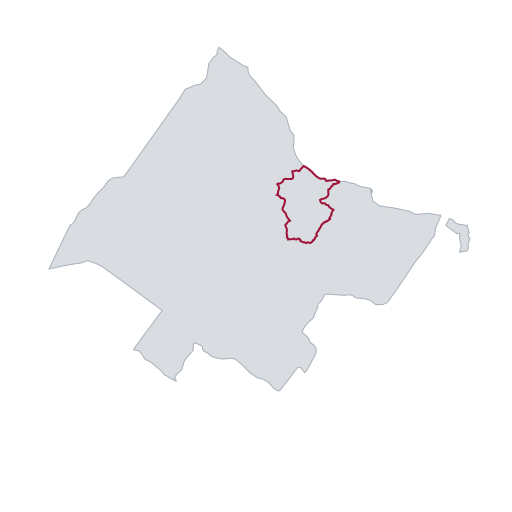 where Cuanza Sul sits in Angola, rotated 125°
{"feature_id": "AGO-1879", "entity_name": "Cuanza Sul", "entity_type": "Province", "adm_level": 1, "iso_a3": "AGO", "parent_name": "Angola", "parent_adm1": "", "projection": "albers", "projection_center": [15.061, -10.94], "detail": "fine", "context": "in_parent", "style": "outline", "palette": "rose", "viewbox_px": 512, "rotation_deg": 125, "n_neighbors": 0, "source": "natural_earth", "source_scale": "10m", "svg_char_len": 8247}
<svg xmlns="http://www.w3.org/2000/svg" viewBox="0 0 512 512"><g transform="rotate(125 256 256)"><path d="M404.4,249.7L404.9,253.0L405.3,257.6L405.5,260.9L405.9,262.3L406.0,263.1L405.5,263.9L405.1,265.9L404.4,267.6L404.0,268.8L404.2,271.1L403.5,277.6L403.3,280.8L404.1,286.7L403.9,288.5L401.7,293.8L401.1,296.4L400.9,297.8L402.9,301.8L402.8,302.6L401.2,302.8L399.8,302.8L354.4,301.6L352.9,369.6L352.8,375.3L354.0,383.0L356.5,391.4L357.5,392.2L360.2,393.8L363.8,397.0L365.8,399.4L370.0,403.6L375.4,409.0L385.4,418.1L351.2,423.8L338.1,425.8L337.0,425.8L335.1,424.8L330.9,424.6L325.9,425.7L322.0,426.0L319.2,425.4L316.4,424.2L313.7,422.6L308.9,421.9L302.1,422.2L295.6,421.8L289.3,420.6L284.8,420.1L282.1,420.3L279.2,420.0L276.1,419.0L273.6,417.4L270.5,414.0L268.1,410.9L267.5,410.4L266.7,409.9L265.9,409.8L252.5,409.5L170.4,409.0L160.8,409.6L160.1,409.5L158.9,409.1L158.1,408.4L155.4,406.6L153.1,405.3L149.9,403.0L147.8,400.5L146.1,399.7L143.0,399.3L140.7,398.8L138.8,398.7L135.5,400.0L133.0,401.1L131.2,402.3L128.1,403.6L125.5,404.9L121.0,404.8L120.0,405.0L117.5,404.9L115.1,403.8L112.7,404.0L110.0,405.4L106.2,406.0L107.0,396.6L107.9,392.5L107.9,387.5L107.2,374.6L106.5,372.8L106.0,370.8L108.4,369.2L109.6,367.9L111.2,365.8L112.3,362.8L113.6,356.2L118.5,340.9L120.8,325.9L123.7,318.8L124.8,310.9L133.2,300.6L135.2,294.3L139.6,291.1L145.8,287.8L150.2,281.9L152.3,277.9L154.7,270.1L154.6,262.0L156.1,251.1L155.8,248.0L153.4,243.7L153.0,240.6L150.8,237.6L148.5,235.3L147.4,231.2L143.3,224.8L142.2,220.5L140.3,217.4L139.9,213.6L138.9,209.6L136.9,205.6L135.0,201.1L135.0,199.7L136.1,197.9L137.3,197.4L136.9,198.2L136.1,199.3L136.3,200.1L143.8,192.0L144.3,190.5L144.0,188.7L144.0,186.6L144.3,184.1L137.0,169.4L131.3,155.8L130.3,148.9L122.7,139.9L119.6,134.0L117.9,129.9L116.6,128.3L117.1,127.5L119.0,127.3L123.4,126.3L129.3,125.2L134.7,122.8L136.2,121.7L139.1,121.4L142.0,122.1L143.1,121.6L143.7,121.6L150.7,121.5L153.5,121.3L158.9,121.4L162.3,121.6L164.2,121.8L169.4,122.2L175.8,122.1L178.1,121.9L186.6,121.8L202.5,121.5L210.8,121.6L217.2,121.6L220.1,122.5L222.7,124.1L223.9,125.6L224.5,126.3L225.3,127.8L226.7,129.1L227.2,131.0L226.8,133.6L226.9,136.7L227.8,140.4L229.5,144.3L232.1,148.3L233.2,151.5L232.9,153.9L233.7,156.4L235.6,159.0L237.0,160.4L237.9,161.5L240.1,165.5L247.2,176.9L248.3,177.5L249.9,177.3L253.2,176.8L256.5,176.8L258.9,177.8L259.9,177.6L263.5,175.7L267.0,175.2L270.7,174.4L272.7,173.7L274.9,173.7L281.0,175.3L282.1,175.4L287.0,175.5L292.0,174.7L292.8,168.2L292.8,166.9L294.0,164.5L295.6,162.4L295.8,160.4L295.7,157.6L296.9,154.2L300.2,151.6L305.6,150.4L308.6,150.2L313.4,149.5L320.7,148.9L323.4,149.1L323.6,149.4L322.0,154.1L321.9,155.6L322.4,157.1L323.7,158.0L338.1,158.5L352.0,159.3L352.8,159.5L353.4,159.9L354.2,162.2L353.9,166.7L352.4,173.2L352.8,179.4L355.0,185.2L355.1,194.0L352.9,205.8L352.4,213.3L353.4,216.5L355.6,219.8L358.9,223.3L361.5,227.8L363.3,233.3L363.9,236.8L363.3,238.2L363.3,240.6L363.8,244.1L363.1,246.4L361.2,247.5L360.5,249.1L361.4,252.1L361.6,254.8L362.8,256.7L363.7,256.8L365.6,255.9L368.0,254.1L369.8,253.4L372.4,253.6L376.0,254.2L382.4,254.5L384.4,254.2L390.5,251.9L392.0,251.8L394.4,252.1L397.7,252.9L401.1,253.2L402.7,252.5L402.9,251.5L403.5,250.2L404.4,249.7ZM136.1,91.1L135.7,91.5L132.9,92.6L130.0,93.7L126.2,97.9L124.2,99.7L123.6,100.2L121.9,101.2L120.6,102.1L120.6,102.5L121.5,103.1L122.4,104.0L122.4,110.8L122.0,117.6L121.6,118.2L119.1,118.4L115.8,118.9L114.8,119.2L114.4,118.5L113.3,116.1L113.9,113.7L114.6,112.0L113.8,108.4L112.1,105.3L110.3,101.2L109.7,100.5L111.2,99.2L113.4,96.3L114.3,94.8L116.9,94.5L117.9,93.4L118.6,91.8L118.8,90.8L121.7,90.0L125.3,88.6L127.2,87.0L129.2,86.1L130.4,86.0L131.2,86.4L133.5,89.0L135.4,90.7L136.1,91.1Z" fill="#d9dde1" stroke="#a8b0b8" stroke-width="1"/><path d="M154.9,268.5L154.5,264.5L154.6,261.8L154.7,261.2L154.9,260.8L154.7,260.6L154.7,260.3L154.8,260.0L154.9,259.7L154.9,258.3L154.9,258.1L155.0,257.8L155.5,257.2L155.5,256.9L155.5,256.2L156.1,252.6L156.1,251.2L156.1,249.3L156.0,248.4L155.7,247.6L153.4,244.4L153.2,243.9L153.2,243.5L153.4,243.0L154.2,242.1L154.2,241.7L154.1,241.3L153.8,240.9L152.7,240.1L152.6,239.8L152.5,239.6L150.1,236.8L148.6,235.5L148.2,235.0L148.1,234.5L148.0,232.8L147.9,232.3L147.7,231.7L147.2,231.0L147.5,230.3L147.6,230.2L147.8,230.1L148.1,230.1L148.3,230.2L148.7,230.5L148.9,230.7L149.0,230.8L149.2,231.0L149.5,231.0L150.9,231.8L151.2,232.0L151.3,232.2L151.5,232.4L152.2,233.4L152.4,233.8L152.5,233.9L152.9,233.8L153.0,233.7L152.9,233.6L153.0,233.5L153.8,233.7L154.2,233.8L154.9,233.8L155.2,233.8L155.4,234.0L155.5,234.1L156.0,234.2L157.4,234.0L157.8,234.0L158.3,234.0L159.0,234.2L159.3,234.4L159.6,234.6L159.7,234.8L159.8,234.8L160.0,234.9L160.4,234.7L160.9,234.3L161.8,233.8L163.4,232.4L163.9,232.1L164.5,231.8L165.1,231.7L165.7,231.6L166.2,231.7L166.9,231.8L167.7,232.0L169.5,232.8L170.1,233.4L170.6,233.9L171.7,234.9L173.3,235.7L174.0,235.0L174.7,233.9L174.9,233.3L175.0,232.8L174.9,231.7L174.1,231.0L173.8,230.6L173.5,230.0L173.4,229.5L173.6,228.9L173.8,228.3L173.6,227.4L173.1,226.0L173.1,225.4L173.4,224.8L173.7,224.3L173.9,223.6L174.0,222.7L173.9,220.9L173.7,219.0L174.6,219.0L175.1,219.1L175.4,219.1L178.0,218.7L178.3,218.4L178.5,218.0L178.7,217.9L179.0,217.9L179.2,218.0L179.5,218.0L179.8,217.8L180.8,217.6L182.7,217.7L183.1,217.5L183.1,217.3L183.0,216.8L183.1,216.6L183.3,216.5L183.6,216.6L184.3,216.8L186.3,217.6L186.5,217.7L186.9,217.7L187.1,217.8L187.1,218.2L187.6,218.3L187.7,218.5L187.8,218.6L188.0,218.8L188.6,218.9L188.8,218.9L188.9,219.1L189.3,219.5L189.9,219.6L190.2,219.6L190.3,219.7L190.5,219.6L191.0,219.7L191.6,219.9L191.9,220.1L192.2,220.0L192.6,220.0L193.0,220.1L193.3,220.1L193.7,220.1L194.2,219.8L196.1,219.6L196.3,219.7L196.7,219.8L196.9,219.8L196.9,219.7L197.0,219.6L197.8,219.5L198.3,219.6L198.7,219.6L199.4,219.3L199.7,219.3L200.3,219.5L200.8,219.5L203.1,219.3L203.4,219.2L203.7,218.9L204.0,218.6L204.2,218.3L204.2,218.0L204.2,217.8L204.3,217.6L204.6,217.6L204.8,217.6L205.1,217.9L205.3,217.9L205.8,218.0L206.5,218.1L207.0,218.1L207.3,218.1L207.6,218.0L207.8,217.8L208.0,217.7L208.4,217.7L208.5,217.8L208.9,217.9L209.2,217.8L209.4,217.7L209.7,217.8L209.9,217.9L210.4,218.3L210.7,218.0L211.1,218.1L211.5,218.2L212.0,218.3L213.0,218.3L213.5,218.5L213.9,218.8L214.2,219.1L214.4,219.5L214.6,219.9L214.6,220.4L214.7,220.8L215.0,221.2L215.3,221.5L215.5,221.7L216.1,221.8L216.3,221.9L216.5,222.1L216.6,222.3L216.8,223.9L217.0,224.3L217.4,224.5L218.3,228.3L218.0,228.5L217.6,228.7L217.3,229.0L217.1,229.5L217.2,230.6L217.2,231.0L217.4,231.4L217.6,231.5L217.9,231.7L218.2,231.7L218.5,231.7L218.6,231.9L218.8,232.0L219.9,233.4L220.0,233.7L219.8,234.5L219.8,234.8L220.0,235.0L220.5,235.3L221.1,235.6L222.5,237.4L222.6,237.6L222.8,237.8L223.3,238.2L223.6,238.9L223.8,239.0L224.0,239.2L223.3,239.6L223.2,239.7L223.2,239.9L223.2,240.1L223.3,240.2L223.4,240.4L223.4,240.5L222.6,241.6L222.5,241.8L222.4,241.8L221.8,242.0L221.3,242.2L220.4,243.5L219.8,244.0L219.2,244.4L217.8,245.1L216.9,245.6L216.3,246.2L215.8,246.8L214.4,249.1L214.0,249.6L213.5,249.8L213.1,249.8L212.8,249.8L212.4,249.6L211.6,249.4L210.1,249.5L209.5,249.5L209.0,249.3L207.7,248.4L206.7,251.7L206.3,252.8L205.8,253.7L204.3,255.9L203.7,256.6L203.7,258.4L203.3,259.6L202.7,260.8L202.1,261.4L199.6,262.0L197.7,262.4L197.0,262.6L196.2,263.0L194.3,263.7L193.4,264.6L193.0,266.2L193.6,267.2L193.7,267.7L193.7,267.9L193.7,268.3L193.8,268.4L193.9,268.6L194.1,268.7L194.2,268.8L194.3,269.0L194.2,269.1L194.1,269.3L194.0,269.5L193.9,269.8L194.0,270.3L193.9,270.4L193.9,270.5L193.7,270.7L193.5,270.9L193.5,271.0L193.7,271.3L193.8,271.4L193.8,271.6L193.7,271.9L193.7,272.0L193.5,272.5L193.4,273.2L193.5,273.5L193.8,273.9L192.6,273.9L192.0,273.9L191.6,274.2L191.3,274.5L191.0,274.7L190.7,274.8L190.0,275.0L187.2,275.9L186.6,276.5L186.1,277.1L184.9,279.8L184.4,279.8L183.9,279.4L183.7,279.0L183.5,278.5L183.1,278.1L180.8,277.0L180.3,276.8L179.7,276.8L178.6,277.2L177.8,277.2L176.4,276.8L175.6,275.7L174.9,274.4L172.6,271.2L171.8,270.6L171.3,270.5L170.7,270.6L170.1,270.8L168.9,271.6L168.4,272.0L167.2,273.6L165.7,274.8L164.5,273.3L163.9,272.8L162.8,272.1L162.5,271.6L162.3,271.1L162.1,269.9L161.8,269.4L161.3,269.2L160.8,269.1L159.4,269.3L157.3,268.9L156.7,268.9L156.1,268.8L154.9,268.5L154.9,268.5Z" fill="none" stroke="#9f1239" stroke-width="2"/></g></svg>